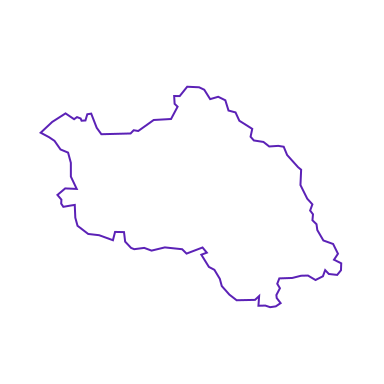 outline of Gallyaaral, Jizzakh, Uzbekistan, rotated 7°
{"feature_id": "79887680B5401835148625", "entity_name": "Gallyaaral", "entity_type": "district", "adm_level": 2, "iso_a3": "UZB", "parent_name": "Uzbekistan", "parent_adm1": "Jizzakh", "projection": "robinson", "projection_center": [67.391, 39.992], "detail": "fine", "context": "isolated", "style": "outline", "palette": "violet", "viewbox_px": 384, "rotation_deg": 7, "n_neighbors": 0, "source": "geoboundaries", "source_scale": "gbopen_adm2", "svg_char_len": 1483}
<svg xmlns="http://www.w3.org/2000/svg" viewBox="0 0 384 384"><g transform="rotate(7 192 192)"><path d="M138.3,254.9L141.6,255.8L151.4,253.3L159.0,255.1L171.8,250.3L189.2,250.0L194.1,253.8L209.2,245.8L214.1,250.4L208.9,253.1L217.9,264.3L223.7,266.5L230.2,274.8L233.0,281.7L241.6,289.3L249.5,294.0L267.7,291.4L271.3,287.1L271.8,296.8L278.6,295.8L283.6,296.8L289.1,295.3L293.5,291.5L289.0,286.9L288.3,284.0L291.0,276.8L287.8,272.7L289.2,267.1L302.0,265.1L310.5,261.8L317.3,260.8L325.3,264.3L332.2,259.7L333.7,253.3L337.8,256.7L346.2,256.6L349.4,251.5L348.8,244.6L341.2,241.9L344.4,235.5L338.4,226.4L328.3,224.1L321.0,214.5L319.5,208.8L315.0,205.4L314.8,199.4L311.5,196.0L313.0,189.6L307.2,184.6L298.8,171.9L297.6,156.6L294.3,154.5L281.9,143.7L277.5,135.9L272.0,135.7L263.1,137.4L256.8,133.6L247.1,133.3L243.4,130.0L244.1,122.0L230.3,115.5L225.5,107.7L218.3,106.7L213.9,96.9L206.4,94.3L198.7,97.6L191.7,89.0L186.3,87.2L174.4,88.1L168.1,98.3L162.6,98.9L164.0,106.6L167.3,109.1L162.3,122.1L145.2,125.2L131.2,138.0L126.6,137.8L123.9,141.4L95.0,145.7L89.6,139.9L82.4,126.5L78.6,127.6L77.5,134.0L73.7,134.7L72.5,132.6L68.7,131.7L66.1,134.1L56.9,129.4L44.7,139.5L34.6,151.6L43.4,155.0L49.3,158.0L56.3,165.8L64.2,168.0L68.2,177.8L69.9,191.5L77.2,203.0L65.7,203.9L58.8,211.3L63.3,215.5L63.6,219.5L66.1,222.4L73.3,220.2L77.2,219.1L79.3,231.7L82.5,239.5L94.1,246.3L105.1,246.2L119.4,249.5L120.5,241.0L129.4,240.1L131.7,249.4L138.3,254.9Z" fill="none" stroke="#5b21b6" stroke-width="2"/></g></svg>